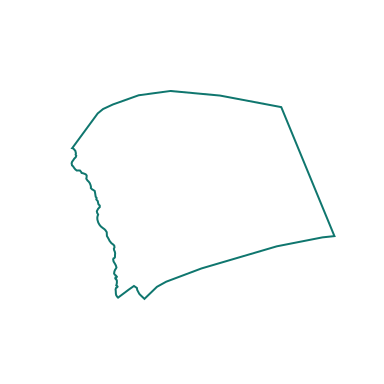 the district of Nuweiba, Janub Sina', Egypt, rotated 144°
{"feature_id": "37247803B27009685632556", "entity_name": "Nuweiba", "entity_type": "district", "adm_level": 2, "iso_a3": "EGY", "parent_name": "Egypt", "parent_adm1": "Janub Sina'", "projection": "orthographic", "projection_center": [34.683, 29.314], "detail": "fine", "context": "isolated", "style": "outline", "palette": "teal", "viewbox_px": 384, "rotation_deg": 144, "n_neighbors": 0, "source": "geoboundaries", "source_scale": "gbopen_adm2", "svg_char_len": 1746}
<svg xmlns="http://www.w3.org/2000/svg" viewBox="0 0 384 384"><g transform="rotate(144 192 192)"><path d="M163.6,293.7L178.3,301.6L186.8,304.1L204.5,309.3L215.2,311.4L222.1,311.0L263.1,297.9L262.9,297.7L262.4,296.5L262.2,293.8L263.2,291.5L264.2,290.6L264.3,289.4L265.6,288.5L267.6,288.2L269.5,287.5L271.3,286.9L272.5,286.0L273.4,284.1L273.1,282.5L273.2,281.0L273.1,278.8L272.6,277.1L271.1,276.1L270.0,275.2L269.9,273.2L270.1,272.3L268.9,270.9L268.2,269.8L267.6,268.8L267.5,267.3L268.5,266.0L269.7,264.9L269.8,262.6L269.5,261.3L269.5,259.2L270.1,257.0L270.7,255.6L271.5,254.7L271.3,252.9L270.7,251.7L270.1,250.0L271.3,247.5L272.7,244.8L272.7,243.2L273.8,242.2L273.7,241.1L273.6,239.9L274.2,238.8L274.9,237.0L274.6,235.3L275.5,234.0L277.8,233.6L280.3,232.4L281.0,230.8L281.2,228.9L282.7,227.9L283.8,226.8L284.8,225.2L285.8,222.4L286.1,220.0L286.0,217.8L285.4,215.5L284.7,213.4L284.5,211.9L284.6,209.6L285.6,208.1L286.7,206.4L286.9,204.2L287.1,202.6L287.4,201.0L287.3,198.0L286.7,196.1L286.4,194.4L287.2,192.8L288.6,192.0L289.2,190.7L289.5,189.2L290.2,187.6L291.4,186.2L292.6,184.6L293.6,184.2L294.6,184.4L295.4,183.8L296.3,181.9L296.4,180.7L296.5,179.3L296.8,177.2L297.5,175.3L298.5,174.8L299.9,174.3L301.4,173.4L302.9,171.9L303.1,170.7L302.7,169.3L302.6,167.6L303.7,167.1L304.3,167.7L304.9,167.1L304.9,166.5L304.7,164.8L305.6,163.4L306.6,162.2L308.2,160.9L307.8,159.9L307.9,159.1L308.9,158.9L309.9,159.0L311.1,158.1L311.7,157.0L313.4,154.4L314.0,153.0L314.1,151.3L313.9,150.0L306.8,150.1L300.6,150.2L294.2,150.1L293.0,146.8L293.9,144.9L294.5,140.6L294.3,139.0L293.3,133.5L276.1,135.9L265.6,134.6L229.3,124.6L155.3,98.2L113.1,78.6L102.7,72.6L69.9,208.2L112.7,253.6L150.2,286.5L163.6,293.7Z" fill="none" stroke="#0f766e" stroke-width="2"/></g></svg>